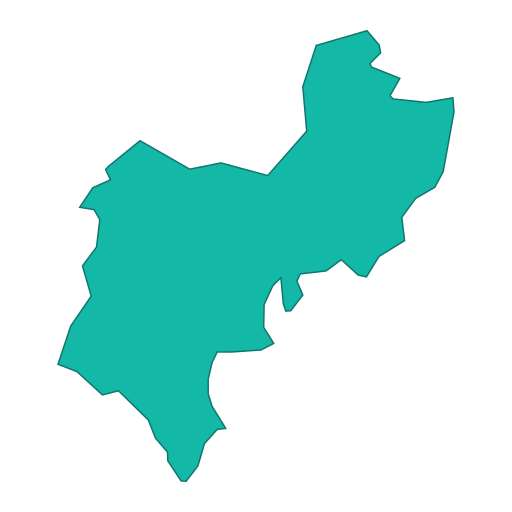 the Unitary Authority of Central Bedfordshire
{"feature_id": "GBR-5697", "entity_name": "Central Bedfordshire", "entity_type": "Unitary Authority", "adm_level": 1, "iso_a3": "GBR", "parent_name": "United Kingdom", "parent_adm1": "", "projection": "albers", "projection_center": [-0.422, 51.997], "detail": "fine", "context": "isolated", "style": "filled", "palette": "teal", "viewbox_px": 512, "rotation_deg": 0, "n_neighbors": 0, "source": "natural_earth", "source_scale": "10m", "svg_char_len": 997}
<svg xmlns="http://www.w3.org/2000/svg" viewBox="0 0 512 512"><path d="M80.2,312.2L91.2,296.1L82.5,265.9L96.5,247.1L99.8,219.5L94.0,209.6L79.7,207.3L92.8,187.7L110.5,179.8L105.6,169.5L108.2,166.6L140.0,140.7L189.7,169.2L220.9,162.9L267.7,175.6L306.7,131.1L302.8,86.7L316.3,45.4L367.0,30.7L379.2,45.1L380.6,52.8L370.0,63.5L371.4,67.0L399.8,78.4L390.0,95.8L393.0,98.9L426.0,102.4L452.9,97.8L454.0,111.9L443.2,171.6L434.8,187.3L415.7,198.3L401.8,217.3L404.6,240.6L379.0,256.4L366.4,276.9L358.1,275.0L341.3,259.7L326.1,270.9L300.2,273.9L296.9,281.2L302.8,295.0L290.8,310.7L285.8,311.1L283.3,303.7L280.9,277.7L272.8,285.7L264.1,304.7L263.7,327.4L273.7,343.4L260.9,350.0L231.3,352.0L217.2,352.0L212.1,362.5L208.2,379.1L208.2,393.7L212.0,406.2L223.6,424.9L225.6,428.4L217.2,429.4L204.5,443.5L197.9,465.9L186.1,481.3L181.1,480.9L167.8,460.8L167.5,452.1L155.6,438.3L148.3,420.0L118.5,390.8L102.4,394.9L77.1,371.7L58.0,364.3L70.8,325.9L80.2,312.2Z" fill="#14b8a6" stroke="#0f766e" stroke-width="1.5"/></svg>